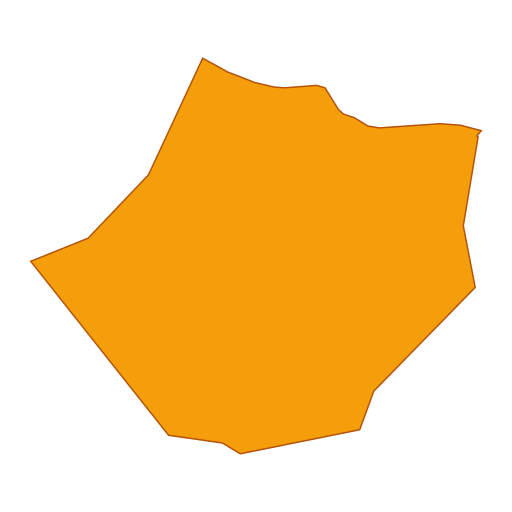 an SVG outline of Al Batnah South
{"feature_id": "OMN-5497", "entity_name": "Al Batnah South", "entity_type": "Region", "adm_level": 1, "iso_a3": "OMN", "parent_name": "Oman", "parent_adm1": "", "projection": "equal_earth", "projection_center": [57.783, 23.513], "detail": "fine", "context": "isolated", "style": "filled", "palette": "amber", "viewbox_px": 512, "rotation_deg": 0, "n_neighbors": 0, "source": "natural_earth", "source_scale": "10m", "svg_char_len": 470}
<svg xmlns="http://www.w3.org/2000/svg" viewBox="0 0 512 512"><path d="M202.7,58.2L227.7,72.0L255.0,82.6L274.3,87.1L285.0,87.8L316.5,85.4L325.0,87.8L338.3,109.3L343.3,114.0L354.5,117.8L367.8,126.0L379.5,127.9L440.1,123.7L460.4,125.2L481.3,130.7L477.3,135.2L477.2,136.7L478.1,136.9L463.3,225.8L475.2,287.4L373.8,391.1L359.7,429.7L240.2,453.8L222.4,443.0L168.6,435.3L30.7,261.3L88.1,238.2L148.5,174.8L202.7,58.2Z" fill="#f59e0b" stroke="#b45309" stroke-width="1.5"/></svg>